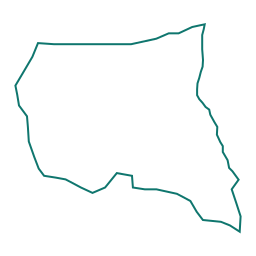 the district of Platani, Cyprus
{"feature_id": "46923920B1049795521369", "entity_name": "Platani", "entity_type": "district", "adm_level": 2, "iso_a3": "CYP", "parent_name": "Cyprus", "parent_adm1": "", "projection": "mercator", "projection_center": [33.769, 35.33], "detail": "fine", "context": "isolated", "style": "outline", "palette": "teal", "viewbox_px": 256, "rotation_deg": 0, "n_neighbors": 0, "source": "geoboundaries", "source_scale": "gbopen_adm2", "svg_char_len": 909}
<svg xmlns="http://www.w3.org/2000/svg" viewBox="0 0 256 256"><path d="M38.0,43.1L32.4,56.8L23.4,72.1L15.4,85.6L17.2,94.6L19.0,105.5L27.0,116.3L27.9,127.1L28.8,141.5L34.2,156.8L38.7,168.6L44.1,175.8L55.7,177.6L65.6,179.4L80.9,187.5L92.5,192.9L105.1,187.5L116.8,173.1L132.0,175.8L132.9,187.5L144.6,189.3L156.3,189.3L176.9,193.8L190.4,201.0L196.7,211.8L202.9,220.0L220.9,221.8L229.9,225.4L239.7,231.7L240.6,216.4L236.2,202.8L231.7,189.3L238.6,179.7L232.4,171.2L229.1,167.9L227.6,160.2L222.8,152.0L222.8,146.1L220.3,142.1L216.9,134.7L217.3,126.9L214.4,122.1L210.3,114.7L209.2,109.6L205.6,107.0L202.6,102.9L199.3,99.2L197.1,95.2L197.1,89.3L197.5,83.4L199.3,77.8L200.8,71.9L202.6,66.7L203.0,60.1L202.6,54.6L202.2,49.4L202.2,45.0L202.2,40.2L202.2,35.0L203.7,29.4L204.7,24.3L192.2,27.0L178.7,33.3L168.8,33.3L156.3,38.7L131.1,44.2L104.2,44.2L54.0,44.2L38.0,43.1Z" fill="none" stroke="#0f766e" stroke-width="2"/></svg>